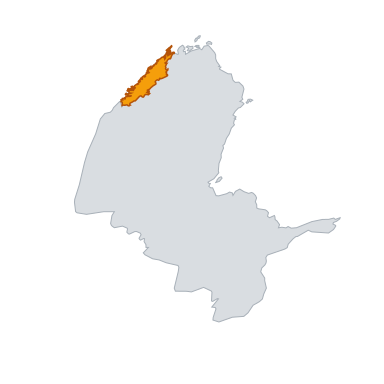 Uusimaa on a map of Finland (Robinson projection), rotated 145°
{"feature_id": "FIN-3193", "entity_name": "Uusimaa", "entity_type": "Province", "adm_level": 1, "iso_a3": "FIN", "parent_name": "Finland", "parent_adm1": "", "projection": "robinson", "projection_center": [24.756, 60.321], "detail": "fine", "context": "in_parent", "style": "filled", "palette": "amber", "viewbox_px": 384, "rotation_deg": 145, "n_neighbors": 0, "source": "natural_earth", "source_scale": "10m", "svg_char_len": 9479}
<svg xmlns="http://www.w3.org/2000/svg" viewBox="0 0 384 384"><g transform="rotate(145 192 192)"><path d="M151.2,167.0L149.2,162.4L146.4,158.4L143.4,157.4L142.5,155.8L142.0,152.6L142.5,150.1L145.7,147.7L146.3,144.4L148.1,141.8L147.2,140.1L142.2,135.4L141.5,133.8L141.2,131.2L144.1,128.8L143.3,126.5L138.0,125.5L138.3,124.1L139.7,121.7L139.0,119.6L139.0,115.1L141.7,113.1L138.6,111.6L135.6,108.7L133.1,108.6L131.5,105.5L126.9,102.8L110.8,99.0L100.9,94.7L95.7,91.2L90.8,89.3L90.4,87.4L85.4,86.0L86.4,85.2L90.4,85.1L93.7,85.9L94.9,84.9L93.5,82.3L93.8,81.6L97.6,80.1L103.7,80.1L116.7,90.6L118.7,94.0L131.2,95.1L132.5,95.9L135.9,95.7L143.1,94.1L145.9,91.8L148.6,92.0L166.4,97.1L169.1,96.0L170.7,92.8L172.1,91.4L174.2,90.4L178.3,89.8L181.5,87.2L181.8,79.8L183.3,77.7L186.2,70.6L191.7,67.3L195.7,64.0L199.7,63.5L206.9,64.2L215.4,60.9L220.9,60.4L230.8,66.3L244.5,70.1L248.3,75.1L246.6,77.1L239.4,82.5L239.2,84.0L241.8,86.4L231.6,89.3L232.3,90.1L237.8,90.5L238.5,91.6L233.1,98.5L233.0,99.8L237.2,107.2L249.8,110.5L253.4,113.8L262.5,120.3L261.7,123.4L248.9,134.7L246.0,137.8L245.6,139.8L253.7,148.8L257.9,155.2L262.6,159.9L266.5,167.5L266.8,170.1L259.5,171.6L261.5,173.0L259.9,175.3L259.7,178.8L257.7,181.0L258.2,181.6L261.8,182.1L262.1,183.6L261.9,184.5L258.2,186.2L258.0,188.0L260.0,191.3L261.6,192.4L267.4,193.4L268.1,194.2L268.4,196.5L265.9,198.8L265.9,199.7L268.5,203.9L276.1,207.3L277.0,209.8L277.1,211.4L276.7,212.9L271.1,218.6L266.9,220.4L275.6,226.5L291.2,234.2L298.1,240.9L298.6,242.7L294.1,251.1L292.2,253.3L280.1,262.6L263.0,277.9L254.4,284.7L237.5,294.9L225.2,304.4L218.4,306.3L213.1,304.2L210.4,304.7L207.9,306.1L199.4,307.6L199.1,306.1L200.8,302.0L200.0,302.1L198.5,304.0L197.8,306.2L196.2,307.3L192.6,307.8L189.1,306.0L187.5,306.0L189.2,308.7L189.2,309.5L187.3,309.4L183.5,311.4L182.6,311.4L181.4,309.7L177.3,311.6L173.4,311.9L171.1,313.4L159.7,315.5L156.5,317.9L154.4,317.3L141.5,319.4L136.2,318.8L130.4,322.7L125.9,323.2L130.6,319.2L130.8,317.9L128.3,317.2L126.6,315.9L124.9,313.0L124.0,312.8L122.4,316.4L119.4,317.7L115.6,317.7L115.1,316.1L115.8,314.6L115.3,314.3L115.8,313.2L117.8,313.1L118.3,312.5L118.3,311.7L116.8,311.1L118.3,308.5L111.6,307.9L103.4,305.2L102.4,302.9L98.4,304.5L94.8,302.8L94.3,301.7L93.5,293.1L94.0,290.7L96.1,287.7L96.9,284.8L96.9,279.5L98.1,279.5L96.7,277.7L98.7,277.3L99.0,276.7L94.7,268.2L92.1,266.2L94.3,260.1L94.1,258.7L93.7,257.0L90.6,255.1L89.5,249.6L90.4,246.5L96.8,241.0L97.2,238.8L100.8,238.7L99.2,236.7L98.8,234.4L103.9,233.5L105.8,234.2L110.3,233.3L114.3,231.6L112.8,228.2L114.9,228.1L114.2,227.3L114.3,226.5L115.9,226.8L118.5,224.5L118.7,222.7L123.1,221.8L128.3,218.1L133.0,216.2L137.9,212.6L140.0,212.4L141.0,209.9L146.5,206.3L148.4,203.3L153.5,199.9L158.4,194.1L159.0,192.4L166.5,190.3L173.3,190.9L173.2,189.4L172.1,188.5L175.0,187.0L174.3,184.7L172.7,183.6L174.4,175.2L172.3,173.5L164.5,170.7L161.3,170.4L159.5,168.2L160.4,165.7L156.0,167.6L151.2,167.0ZM108.8,309.1L113.6,309.1L114.8,310.5L112.6,311.4L112.5,312.5L113.6,314.1L111.5,314.1L110.1,312.2L107.8,310.9L108.8,309.1ZM164.7,187.5L161.7,188.3L159.4,187.8L159.4,186.1L163.5,185.0L167.6,186.2L165.5,186.6L164.7,187.5ZM92.6,232.4L92.4,233.9L95.2,232.8L96.3,233.3L96.2,234.5L95.2,234.3L92.9,235.7L90.8,234.5L89.6,232.4L92.6,232.4ZM95.1,304.6L94.8,305.8L92.0,305.9L90.9,304.7L90.3,302.6L91.4,301.7L92.1,302.8L95.1,304.6ZM106.1,309.6L104.6,309.7L102.6,308.4L102.3,307.9L103.1,307.6L102.8,306.1L104.4,306.9L105.3,307.9L104.4,308.1L106.1,309.6ZM102.7,314.8L100.6,315.7L99.8,315.5L100.1,313.9L101.3,313.2L103.4,313.2L102.7,314.8ZM98.5,315.6L96.7,315.9L95.6,315.1L97.3,313.9L98.6,314.0L98.9,314.8L98.5,315.6Z" fill="#d9dde1" stroke="#a8b0b8" stroke-width="1"/><path d="M199.7,302.9L197.9,305.1L197.8,306.0L198.4,306.8L198.0,307.2L197.7,307.5L197.1,307.5L197.1,308.1L196.9,308.0L196.7,307.9L196.3,307.5L196.3,307.8L196.2,308.0L195.6,308.1L195.6,308.5L195.4,308.6L195.1,308.4L194.5,307.5L194.4,307.3L193.4,306.6L193.2,306.6L193.1,306.9L193.4,307.3L194.0,307.9L192.1,307.7L191.9,307.7L191.5,308.0L191.3,308.1L191.2,307.9L190.3,307.3L189.4,307.0L188.7,306.3L188.0,306.0L187.3,305.7L186.7,305.7L186.7,305.9L187.8,306.3L188.5,306.9L189.0,307.1L189.1,307.3L189.2,307.8L188.5,307.9L188.7,308.3L188.9,308.5L189.7,308.8L190.2,309.4L190.5,309.5L190.6,310.0L190.5,310.3L190.3,310.4L189.3,310.6L189.2,310.0L188.4,309.1L188.5,308.8L188.3,308.8L188.0,309.1L187.8,309.1L187.5,309.1L186.1,308.2L185.7,308.0L185.2,307.9L185.9,308.5L186.3,308.8L186.7,309.0L186.5,309.5L186.1,310.1L186.0,310.4L186.2,310.8L186.8,311.5L187.0,312.0L186.6,312.0L186.3,311.9L185.7,311.5L185.9,311.3L185.6,311.0L184.3,310.8L183.7,310.2L183.4,310.0L183.1,310.2L183.2,310.7L183.9,311.0L185.3,311.5L183.9,311.9L183.9,312.0L183.6,312.1L183.0,312.0L181.4,310.8L181.2,310.6L181.3,310.2L181.7,309.9L181.2,309.7L182.4,309.5L182.1,308.9L181.6,308.9L180.3,309.6L178.7,309.9L178.7,310.0L179.0,310.2L179.1,310.4L179.1,310.8L179.0,311.1L178.6,311.3L178.5,311.8L178.4,311.9L178.2,312.0L175.3,312.0L175.4,311.6L175.1,311.4L174.3,311.3L174.5,311.9L173.9,312.0L171.9,312.0L171.8,312.5L171.7,312.6L171.1,312.4L171.1,312.6L171.8,312.9L172.1,313.1L171.9,313.2L171.6,313.2L171.9,313.5L171.5,313.6L170.3,313.8L169.8,313.8L170.0,313.5L169.1,313.8L168.9,314.0L169.3,314.2L169.1,314.3L168.8,314.3L168.5,314.6L168.1,314.5L167.8,314.2L168.1,314.0L168.3,313.6L168.4,313.2L168.3,312.9L167.9,312.9L167.6,313.2L167.1,314.5L166.9,314.7L165.1,314.8L164.7,314.7L164.5,314.4L165.2,314.2L165.2,313.7L164.6,313.3L163.9,313.5L164.3,314.2L163.2,314.7L162.1,314.8L161.3,315.0L161.2,315.2L161.1,315.4L161.2,315.7L161.1,315.8L160.8,315.8L160.7,315.6L160.5,315.1L160.3,314.9L159.0,314.4L158.7,314.4L158.8,314.7L159.2,314.9L159.5,315.0L159.4,315.4L159.1,315.6L158.6,315.8L158.4,316.2L159.8,315.8L159.7,316.0L159.1,316.5L159.5,316.7L159.5,316.9L158.2,317.5L157.3,318.3L156.9,318.6L156.5,318.7L155.9,318.7L156.0,318.3L156.6,317.5L156.9,317.2L156.5,317.2L156.0,317.5L155.0,318.3L154.9,317.9L154.5,318.0L154.1,318.4L153.7,318.5L153.9,318.1L154.1,317.9L154.4,317.8L154.7,317.5L154.7,317.3L154.7,316.8L154.9,316.5L153.9,316.5L153.4,316.6L153.0,316.9L153.3,317.1L152.5,317.4L152.2,317.4L151.5,317.2L150.9,317.2L150.6,317.3L150.5,317.6L151.1,317.8L150.7,317.9L150.3,317.9L149.7,317.6L148.7,317.9L148.2,317.8L147.9,318.2L147.5,318.2L147.3,317.9L147.7,317.6L147.7,317.4L147.3,317.5L147.1,317.6L146.7,318.1L146.4,318.4L146.1,318.5L144.7,318.6L143.1,319.6L142.6,319.3L139.2,319.6L138.9,319.5L138.7,319.2L138.3,319.1L136.9,319.3L136.0,319.6L135.5,319.6L135.8,319.2L136.6,318.2L137.0,318.0L137.5,317.8L137.8,317.7L137.7,317.3L137.7,317.0L137.8,316.8L138.0,316.5L137.2,316.7L137.0,316.8L136.8,317.0L136.7,317.3L136.6,317.5L136.0,317.7L135.9,318.3L135.7,318.6L135.5,318.8L135.1,319.0L134.2,319.9L133.4,320.5L131.5,321.2L131.2,321.6L131.2,322.1L131.4,322.5L131.8,322.6L131.8,322.8L128.3,323.2L128.0,323.3L126.8,323.2L126.3,323.2L125.9,323.4L124.7,323.6L124.3,323.5L124.7,323.4L125.2,322.7L125.5,322.6L126.4,322.5L129.3,321.5L130.1,321.5L130.0,320.9L130.1,320.7L130.6,320.8L131.2,320.7L131.7,320.6L132.2,320.2L132.7,319.6L133.0,319.0L133.4,318.2L133.5,317.7L133.2,317.9L131.8,319.9L131.3,320.4L130.9,320.4L131.0,320.0L130.8,319.9L130.6,319.8L130.3,319.8L130.1,320.0L129.4,320.0L129.1,320.3L129.1,320.5L128.9,320.5L128.8,320.4L128.7,320.1L129.0,319.2L129.3,318.9L130.9,318.5L131.2,318.2L131.7,317.6L132.0,317.4L130.9,317.2L128.9,317.4L127.9,317.4L127.4,317.3L127.0,317.1L126.6,316.8L126.5,316.4L126.7,316.1L127.2,315.7L127.3,315.8L128.1,316.1L129.1,316.0L130.7,315.2L132.8,313.7L133.1,313.6L133.4,313.6L133.3,313.9L133.6,314.1L134.8,314.3L135.8,314.2L136.8,313.9L137.9,313.2L138.3,313.1L139.7,313.3L139.9,313.3L140.1,312.9L140.0,312.6L139.8,312.2L138.9,311.7L139.3,311.6L139.6,311.6L139.7,311.3L140.0,311.0L140.8,310.7L141.7,310.1L141.9,309.4L142.1,308.7L142.5,308.6L143.0,308.2L143.1,307.5L143.1,307.1L142.8,306.7L141.2,306.6L141.6,306.0L142.1,305.7L144.3,305.3L144.6,305.0L144.5,304.6L144.4,304.2L144.5,303.9L144.8,303.8L145.2,303.5L145.6,302.8L145.5,302.5L145.2,302.4L144.9,302.2L144.9,301.8L145.3,301.4L146.3,301.3L151.3,302.2L152.2,302.5L152.5,302.8L153.2,303.6L153.6,303.5L153.6,303.2L153.7,302.9L154.4,302.7L155.5,302.8L155.7,303.3L155.9,303.7L156.9,303.9L158.1,303.8L159.0,303.3L159.1,303.0L159.0,302.2L159.2,301.8L159.5,301.3L159.9,301.1L162.8,301.3L166.0,301.0L167.1,300.7L167.8,300.6L168.4,300.7L169.8,301.0L170.1,301.0L169.8,300.1L170.0,300.0L171.6,299.5L171.4,299.4L170.4,299.2L169.9,299.3L169.2,299.7L169.2,299.2L169.4,298.9L169.8,298.6L171.1,298.2L170.9,297.8L170.5,297.6L170.2,297.3L170.1,296.9L171.8,296.7L172.1,296.7L172.3,297.0L172.5,297.3L173.6,298.1L174.1,298.4L174.6,298.6L175.5,298.4L176.9,297.7L177.6,297.7L177.9,298.0L178.3,298.6L178.5,299.3L178.6,300.0L179.6,300.4L180.4,300.4L186.0,299.2L186.5,299.3L187.0,299.7L187.3,299.9L187.8,299.9L189.0,299.9L190.9,300.2L191.9,300.2L192.3,300.0L192.7,299.7L192.9,299.2L192.7,298.6L193.1,298.7L193.9,298.6L194.2,298.7L194.5,298.9L194.9,299.5L195.0,299.6L195.1,300.4L195.5,300.8L196.9,301.4L197.6,301.8L198.1,302.3L198.6,302.7L199.5,302.8L199.7,302.9ZM180.7,312.2L180.1,312.1L179.6,311.7L179.5,311.2L179.8,310.7L180.2,310.8L182.0,312.0L181.8,312.2L181.1,312.5L180.9,312.7L181.0,313.1L180.3,312.8L180.7,312.2ZM145.5,319.2L145.7,319.3L145.6,319.6L145.4,319.7L145.1,319.7L145.1,319.8L144.6,319.9L144.3,319.7L144.2,319.7L144.3,319.5L144.6,319.2L145.1,319.1L145.5,319.2ZM184.6,313.0L184.8,312.8L185.2,312.7L185.9,312.8L185.6,313.1L185.1,313.3L184.8,313.3L184.6,313.0Z" fill="#f59e0b" stroke="#b45309" stroke-width="1.5"/></g></svg>